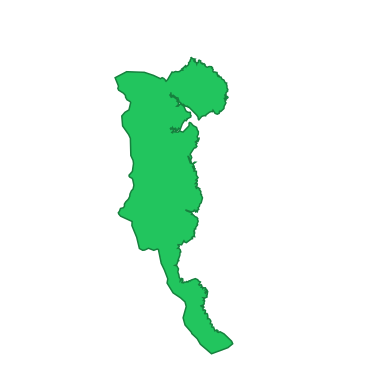 Rull, Federated States of Micronesia (Albers equal-area conic projection), rotated 314°
{"feature_id": "79324940B71932148328417", "entity_name": "Rull", "entity_type": "district", "adm_level": 2, "iso_a3": "FSM", "parent_name": "Federated States of Micronesia", "parent_adm1": "", "projection": "albers", "projection_center": [138.096, 9.488], "detail": "fine", "context": "isolated", "style": "filled", "palette": "green", "viewbox_px": 384, "rotation_deg": 314, "n_neighbors": 0, "source": "geoboundaries", "source_scale": "gbopen_adm2", "svg_char_len": 6121}
<svg xmlns="http://www.w3.org/2000/svg" viewBox="0 0 384 384"><g transform="rotate(314 192 192)"><path d="M111.1,326.7L112.2,324.2L112.2,313.6L111.0,309.3L109.3,308.5L109.0,307.7L110.0,307.3L109.3,306.5L110.1,306.1L109.8,305.5L108.0,304.8L109.8,301.4L108.7,300.4L109.3,299.4L110.4,299.0L110.8,298.2L109.9,296.6L112.1,295.4L112.5,294.5L112.8,293.0L112.4,291.6L111.7,291.2L113.0,290.3L112.9,289.8L113.7,289.6L114.9,287.9L114.9,287.0L113.4,285.9L113.5,285.3L114.7,285.1L116.1,284.0L116.0,283.0L114.7,282.2L116.1,280.5L117.4,280.6L117.5,280.2L116.6,280.0L116.7,279.5L118.4,279.7L116.7,279.1L116.1,278.3L116.3,277.5L118.3,278.4L119.9,278.5L121.1,277.2L122.4,276.8L122.8,275.8L122.2,275.4L124.3,274.8L123.7,274.2L123.7,273.6L124.8,275.0L127.0,275.7L127.6,274.4L127.2,273.9L128.3,274.5L131.3,272.4L130.9,271.7L128.5,272.0L128.6,271.4L129.5,271.0L129.9,271.5L131.7,271.3L131.9,270.4L130.9,269.5L131.9,269.5L132.4,268.2L130.9,266.6L130.2,266.7L130.8,265.8L129.9,264.8L131.1,264.5L131.7,263.4L131.6,262.8L130.1,262.3L130.0,261.2L133.1,260.6L132.5,258.2L132.9,257.1L132.0,254.6L128.0,252.5L127.0,252.6L126.2,251.6L124.4,251.6L124.0,250.4L122.9,250.3L121.8,249.0L120.8,249.1L119.8,247.6L121.7,247.2L123.1,245.6L122.7,244.7L121.2,245.4L119.9,245.3L121.3,244.4L121.7,242.1L123.4,239.9L124.6,237.3L127.3,235.7L128.3,232.4L127.5,230.8L129.0,231.5L133.0,229.7L133.3,230.2L133.7,230.0L133.5,229.2L137.9,227.3L140.3,225.3L141.1,225.6L142.2,223.7L142.4,221.5L141.7,220.9L143.7,220.8L144.1,220.4L144.2,218.0L145.0,219.6L145.4,219.5L146.8,221.2L151.3,220.1L150.9,221.4L151.6,223.1L158.1,224.2L158.7,224.8L159.4,224.2L159.4,223.4L160.8,223.7L161.7,224.9L162.5,223.4L164.0,222.6L163.9,221.9L165.0,221.8L165.1,220.5L166.5,220.2L167.1,219.5L168.0,220.3L169.2,219.2L172.3,218.8L172.5,217.9L175.3,216.7L176.0,215.0L176.8,214.7L177.1,213.0L176.4,211.4L176.4,208.6L175.6,207.3L176.6,207.1L176.8,206.1L174.8,201.4L174.6,199.6L177.0,204.9L179.1,206.5L180.5,206.2L180.2,208.6L181.0,208.8L181.6,208.2L181.6,209.5L183.1,208.6L184.2,208.9L184.9,207.3L186.7,207.3L188.7,206.0L190.6,206.1L195.1,203.6L196.2,200.9L196.8,200.5L196.5,199.7L198.6,197.9L198.7,195.7L199.7,195.5L199.3,193.0L197.7,192.6L198.5,190.8L199.6,191.4L201.5,190.2L201.6,189.6L200.5,188.6L203.3,188.3L204.0,187.7L203.4,186.5L206.5,186.4L207.1,183.5L209.9,180.8L208.6,178.9L209.5,178.8L209.4,177.3L210.1,178.4L210.7,178.1L210.2,177.6L210.0,176.4L210.6,174.9L211.3,175.4L210.9,175.7L211.2,176.6L212.1,175.5L212.0,174.7L212.9,173.3L215.8,173.8L215.3,173.2L212.8,172.8L212.3,172.1L212.6,171.2L211.9,171.1L211.7,170.5L214.8,164.5L215.1,164.8L214.7,166.3L212.7,169.4L212.8,170.8L214.1,168.8L216.6,167.9L217.6,165.7L217.3,165.0L218.2,164.3L224.4,163.1L225.9,163.2L226.3,163.9L228.3,163.8L228.7,161.9L230.4,161.8L230.3,159.7L232.8,160.0L231.6,160.5L232.4,161.2L235.2,160.2L235.6,159.6L234.3,159.2L235.5,157.1L237.9,156.4L239.9,154.6L240.2,152.9L241.6,150.4L240.6,146.7L240.9,143.2L240.4,142.0L239.5,142.0L238.1,143.5L237.0,143.9L228.8,143.9L227.3,140.9L227.9,140.5L227.6,140.0L226.8,140.6L225.2,140.3L222.5,136.8L221.9,136.5L221.1,136.9L220.8,136.1L223.4,136.0L224.0,135.3L223.6,133.8L222.3,133.2L222.6,132.4L223.3,132.3L224.1,133.3L224.1,134.0L224.8,133.4L224.5,134.9L226.4,135.8L226.2,136.8L224.8,136.5L224.6,137.6L226.3,138.7L228.6,138.0L229.2,139.9L234.2,137.7L238.6,136.9L239.1,138.3L240.9,138.1L241.1,137.6L245.0,139.0L246.3,138.2L246.2,137.6L248.1,135.5L246.5,133.6L246.2,132.1L246.2,130.9L248.0,126.6L247.5,122.9L247.2,122.4L244.1,122.4L243.2,121.5L245.7,121.5L247.0,119.8L246.9,118.0L248.3,117.9L247.7,112.8L247.2,111.9L245.7,111.3L246.6,108.1L246.7,108.7L247.6,108.9L249.0,107.5L246.7,110.4L248.6,111.3L248.9,115.1L249.9,116.5L247.8,120.4L248.3,121.2L248.1,124.4L249.1,124.9L249.1,127.2L249.5,128.3L250.6,129.2L250.3,130.4L250.9,131.1L250.6,141.9L250.1,144.3L248.8,145.9L248.7,146.8L253.1,146.5L255.3,147.6L256.3,148.9L257.4,148.5L261.7,149.2L263.5,150.1L264.0,150.9L265.4,150.3L264.6,154.0L265.5,156.1L267.4,156.9L269.2,155.7L269.6,156.2L269.3,156.5L270.1,156.8L274.2,157.0L275.9,155.6L279.7,154.5L280.2,152.8L281.1,152.1L281.5,152.3L281.3,151.5L281.8,150.3L282.7,150.8L282.2,151.0L282.8,152.1L284.9,152.3L285.3,151.3L284.7,150.9L284.9,150.0L283.8,149.9L284.5,149.5L284.2,148.8L285.0,148.2L285.8,148.7L287.0,147.5L289.5,147.5L289.6,146.8L290.7,146.5L291.1,144.9L292.8,143.2L293.5,141.7L294.4,141.3L293.7,139.9L294.7,137.1L294.0,135.2L294.8,133.0L294.0,132.1L294.3,130.7L293.5,130.9L293.2,130.4L293.5,129.5L294.0,129.5L294.3,127.9L295.1,127.5L295.3,126.8L294.4,125.9L294.3,125.0L293.3,124.5L293.3,123.1L294.9,122.0L295.0,120.3L295.6,120.3L295.7,119.0L294.2,117.2L292.3,116.3L291.9,115.4L291.9,113.4L292.5,113.2L292.7,112.1L292.6,111.4L291.6,111.1L291.3,110.4L291.8,110.2L291.7,109.5L291.1,109.2L291.1,108.1L292.3,107.3L291.8,105.5L291.1,105.4L289.4,106.6L288.3,105.8L287.4,106.4L288.1,104.9L287.9,103.7L288.6,103.4L288.4,103.0L287.6,103.4L287.6,102.2L289.8,102.0L288.2,99.7L288.4,98.3L287.9,98.0L287.5,98.6L285.3,99.2L285.0,99.8L282.5,99.8L281.8,100.8L280.6,101.1L278.6,100.8L278.4,99.8L277.7,100.4L277.8,99.6L275.1,99.5L274.7,99.9L274.3,99.3L273.4,99.2L273.1,100.6L271.6,99.3L270.1,99.4L268.4,98.1L267.3,96.5L264.8,95.3L264.5,94.3L255.9,96.4L253.6,96.4L253.6,95.8L254.0,95.7L254.1,92.9L253.5,91.1L251.6,90.6L249.1,83.2L245.0,74.6L233.1,61.4L220.8,57.3L217.1,65.6L215.0,66.7L214.3,68.5L215.5,74.1L215.2,77.1L214.0,78.4L213.2,81.2L214.1,84.8L213.7,85.8L207.3,89.6L202.7,88.4L197.9,88.7L191.3,96.2L189.3,106.6L187.8,110.4L175.7,122.7L173.8,127.7L171.8,130.2L165.4,134.8L160.4,135.0L159.6,135.9L159.5,137.1L160.2,139.3L159.8,140.7L156.5,145.5L153.2,147.5L150.7,147.6L147.5,148.8L145.5,150.3L142.7,151.2L138.7,151.2L136.3,151.8L134.7,153.4L132.9,153.5L130.5,152.0L127.7,153.2L125.9,153.4L125.3,154.6L125.0,157.4L129.2,169.4L126.1,172.1L121.0,183.7L114.8,193.4L115.8,197.0L117.4,198.3L121.3,199.8L123.5,205.0L126.8,206.6L127.3,207.8L119.3,219.4L116.7,226.4L112.7,234.9L109.2,237.3L106.3,248.5L107.9,257.2L108.1,263.3L105.6,267.4L95.3,273.0L91.5,279.4L90.7,288.7L90.0,290.4L90.1,297.6L88.3,303.9L89.2,318.4L105.0,326.0L111.1,326.7Z" fill="#22c55e" stroke="#15803d" stroke-width="1.5"/></g></svg>